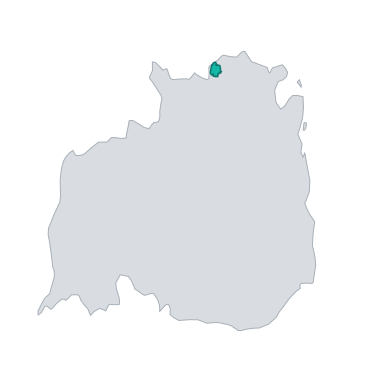 location of Kaoh Andaet, Takêv, Cambodia, rotated 190°
{"feature_id": "14789045B5776655612798", "entity_name": "Kaoh Andaet", "entity_type": "district", "adm_level": 2, "iso_a3": "KHM", "parent_name": "Cambodia", "parent_adm1": "Takêv", "projection": "equal_earth", "projection_center": [104.923, 10.741], "detail": "fine", "context": "in_parent", "style": "filled", "palette": "teal", "viewbox_px": 384, "rotation_deg": 190, "n_neighbors": 0, "source": "geoboundaries", "source_scale": "gbopen_adm2", "svg_char_len": 4119}
<svg xmlns="http://www.w3.org/2000/svg" viewBox="0 0 384 384"><g transform="rotate(190 192 192)"><path d="M322.2,44.2L323.0,48.0L320.9,55.1L318.7,61.6L314.4,67.3L314.2,71.5L312.8,83.9L313.4,87.8L314.4,91.2L315.8,93.1L319.5,105.2L323.0,116.3L326.3,125.4L327.0,131.2L324.0,145.8L320.4,159.2L320.8,165.9L322.3,172.6L324.0,181.5L324.6,192.9L323.8,200.4L322.2,205.0L319.1,209.7L316.4,212.2L313.2,208.1L310.6,208.0L307.1,209.2L304.4,211.0L298.9,218.0L292.8,224.8L284.3,226.5L281.0,231.5L277.4,232.2L270.7,232.5L266.3,233.7L266.5,236.2L266.2,248.2L266.3,251.0L265.6,251.7L262.6,252.1L257.4,250.2L250.4,247.3L245.4,246.8L242.9,252.0L241.4,254.0L239.5,254.4L237.5,255.3L236.9,257.6L236.7,260.5L237.7,265.5L238.0,273.4L237.8,278.8L239.6,282.2L250.3,293.7L253.5,296.5L253.8,298.2L252.0,304.5L253.6,313.3L250.3,313.1L244.7,309.3L242.0,307.0L238.8,308.9L237.7,308.5L235.5,304.2L232.6,299.8L229.7,299.5L223.5,301.2L217.1,302.5L214.7,302.4L213.7,303.2L210.1,309.8L208.5,308.7L202.1,306.2L196.3,305.2L195.1,306.9L195.8,312.3L197.1,317.5L196.3,319.7L193.1,322.4L188.8,327.4L186.2,331.3L184.4,332.2L178.0,332.0L171.5,332.5L169.0,336.2L166.6,339.0L164.5,339.8L156.1,330.8L139.4,327.6L137.6,323.7L135.9,322.9L134.4,328.1L125.2,333.0L121.4,330.0L118.6,326.4L119.0,322.0L121.7,318.4L126.2,315.8L128.3,306.7L124.9,295.0L121.9,291.7L118.7,289.0L115.3,293.3L112.4,300.7L109.5,304.5L105.3,305.4L99.2,305.1L96.8,294.0L96.0,284.5L96.9,273.7L97.8,267.3L92.0,258.5L91.7,250.1L88.8,245.7L88.0,247.9L88.1,250.3L87.2,248.6L78.0,223.9L76.5,212.5L78.1,203.7L79.1,200.8L76.4,196.1L72.6,190.9L66.0,184.0L65.6,173.1L64.2,160.2L62.2,155.9L59.2,148.0L57.5,141.5L57.0,124.2L57.9,122.8L62.6,122.3L68.7,121.0L69.6,118.2L68.6,115.9L72.4,112.0L78.0,103.4L82.3,94.5L85.4,88.8L87.3,83.2L93.5,75.2L102.1,69.8L107.9,68.5L114.0,66.6L119.8,63.9L122.6,63.7L129.8,66.9L133.7,67.7L137.7,67.7L142.0,68.0L145.7,67.7L154.5,65.4L163.9,67.2L172.3,65.8L182.6,63.2L187.7,64.9L192.3,67.5L193.0,72.7L194.1,75.1L195.6,77.0L197.7,77.0L200.3,73.3L202.5,69.5L203.2,68.8L203.3,70.7L204.4,74.8L206.4,78.8L208.4,81.5L211.8,85.1L213.9,85.2L221.0,81.9L231.6,86.7L232.9,89.2L236.3,94.2L240.0,97.8L248.3,98.0L251.3,89.2L249.8,83.9L245.1,74.5L243.8,69.0L245.3,68.1L253.3,67.0L254.6,66.0L256.3,59.9L258.5,60.6L262.9,61.4L267.6,57.3L270.4,52.9L271.9,54.9L273.6,57.9L275.4,59.7L278.8,62.3L282.5,66.0L284.8,69.6L286.7,71.0L291.4,70.0L292.7,70.1L295.4,65.8L297.4,63.4L299.0,64.1L301.4,64.0L306.3,58.4L309.2,53.3L310.7,52.0L315.2,54.5L316.9,54.0L319.5,47.0L322.2,44.2ZM93.7,279.4L92.8,280.1L91.9,280.1L91.0,279.1L91.1,275.1L91.8,272.6L93.3,272.2L93.7,279.4ZM107.6,318.5L105.7,321.2L102.7,315.7L102.8,314.2L107.6,318.5Z" fill="#d9dde1" stroke="#a8b0b8" stroke-width="1"/><path d="M186.7,310.1L186.7,311.4L186.9,311.4L186.9,311.5L186.9,311.9L186.9,312.1L186.9,312.4L186.9,312.5L186.9,312.8L186.2,312.9L186.2,313.9L185.5,313.9L184.5,314.1L184.0,315.8L185.0,315.8L185.0,316.2L185.0,316.4L185.0,316.5L185.1,317.0L185.2,317.3L185.2,317.6L185.3,318.0L185.4,318.3L185.5,318.7L185.5,319.0L185.8,319.5L186.0,320.1L186.2,320.6L186.4,321.1L186.6,321.4L188.0,321.4L188.5,321.4L188.7,321.5L188.8,321.6L188.9,321.4L189.0,321.3L189.1,321.2L189.3,321.1L189.4,320.9L189.5,320.8L189.7,321.0L189.8,321.0L190.0,321.0L190.3,321.1L190.3,321.3L190.4,321.5L190.5,321.6L190.4,321.8L190.3,322.1L190.3,322.3L190.3,322.5L190.5,322.9L190.9,323.3L191.2,323.7L191.5,324.1L191.6,324.3L191.6,324.2L191.8,324.0L191.9,323.9L192.0,323.8L192.2,323.7L192.4,323.5L192.6,323.3L192.9,323.1L193.1,323.0L193.3,322.7L193.6,322.5L193.6,322.3L193.6,322.0L193.6,321.8L193.6,321.4L193.6,321.0L193.7,320.8L193.7,320.6L193.8,320.5L194.1,320.5L194.3,320.5L194.5,320.5L194.6,320.4L194.7,318.2L194.7,317.6L194.7,317.0L194.7,316.2L194.7,314.5L194.7,312.6L194.2,312.0L194.1,311.8L194.0,311.7L193.9,311.5L193.7,311.4L193.3,310.8L192.3,310.8L192.0,311.5L191.7,311.5L191.6,311.4L191.4,311.5L191.4,310.1L191.1,310.1L191.1,309.9L190.9,309.8L190.7,309.8L190.5,309.7L190.4,309.8L190.2,309.9L190.1,310.0L190.0,309.9L189.9,309.9L189.7,309.8L189.4,309.7L189.2,309.7L188.6,309.7L188.6,310.1L186.7,310.1Z" fill="#14b8a6" stroke="#0f766e" stroke-width="1.5"/></g></svg>